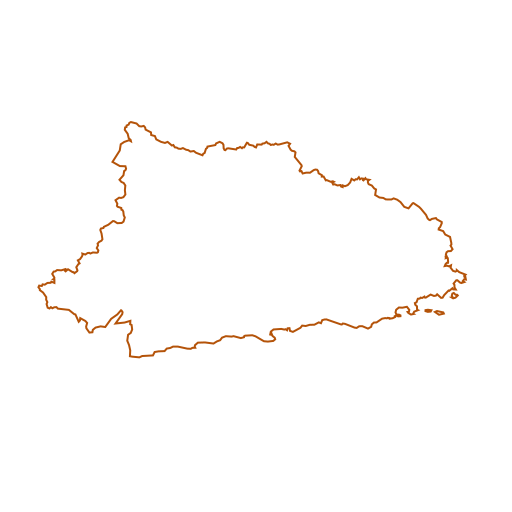 Vohemar, Sava, Madagascar, rotated 98°
{"feature_id": "10022922B16213196407560", "entity_name": "Vohemar", "entity_type": "district", "adm_level": 2, "iso_a3": "MDG", "parent_name": "Madagascar", "parent_adm1": "Sava", "projection": "mercator", "projection_center": [49.724, -13.453], "detail": "fine", "context": "isolated", "style": "outline", "palette": "amber", "viewbox_px": 512, "rotation_deg": 98, "n_neighbors": 0, "source": "geoboundaries", "source_scale": "gbopen_adm2", "svg_char_len": 6051}
<svg xmlns="http://www.w3.org/2000/svg" viewBox="0 0 512 512"><g transform="rotate(98 256 256)"><path d="M182.5,120.4L180.6,124.0L179.8,127.7L181.2,129.8L181.9,135.3L180.8,138.0L180.9,141.9L179.0,146.5L173.4,146.4L172.7,148.3L170.1,151.1L169.2,154.4L167.7,155.4L166.0,155.6L164.8,154.4L164.7,157.6L163.7,158.5L166.2,160.1L166.0,160.6L164.5,160.7L164.5,162.4L165.6,163.7L163.7,165.1L166.1,166.6L166.1,168.0L167.5,169.2L166.3,172.1L170.1,173.0L173.0,175.0L174.5,177.6L174.0,180.0L175.7,179.8L175.4,181.4L174.0,182.3L174.8,185.2L174.0,188.1L174.5,189.5L172.8,190.7L171.7,189.2L171.3,190.3L172.1,192.4L171.0,196.5L171.4,197.4L167.9,200.1L168.2,201.9L166.8,202.0L165.4,205.5L163.3,206.3L162.1,207.5L162.1,209.2L162.9,210.8L166.0,214.1L166.5,217.9L167.8,221.3L165.6,222.8L166.1,224.2L165.4,224.8L160.7,223.2L159.7,223.6L152.5,231.4L147.9,231.3L147.0,232.5L146.8,235.1L145.9,236.5L142.4,239.1L140.1,237.9L139.1,240.9L142.3,248.5L142.7,250.1L141.9,252.1L143.4,253.9L143.3,255.2L144.0,256.8L143.0,258.2L142.8,259.9L141.5,261.5L143.2,263.2L143.8,265.3L144.9,265.9L145.4,270.3L148.5,271.1L148.2,272.5L147.1,274.1L146.8,278.2L145.2,279.9L145.1,280.8L150.1,282.8L150.3,284.3L151.2,284.9L150.2,286.9L151.4,288.3L151.7,289.7L153.3,290.4L153.2,298.3L153.6,299.7L155.5,301.1L155.4,301.9L153.9,303.0L150.4,303.7L149.0,304.9L148.0,307.9L150.1,311.2L151.8,311.7L154.4,319.3L155.7,319.4L156.9,320.5L161.1,321.2L162.1,322.5L163.7,323.0L162.1,329.8L160.7,332.2L161.7,335.5L160.6,337.8L160.5,340.0L159.3,343.4L160.4,345.4L160.5,347.8L159.7,349.6L159.7,351.5L157.6,353.3L158.3,354.7L155.3,359.4L156.7,361.9L156.2,365.9L154.4,371.0L151.3,372.8L150.8,376.6L148.2,377.2L146.2,382.9L144.1,383.7L142.8,385.3L143.7,387.6L143.7,389.7L141.4,392.7L140.8,398.6L141.7,399.9L143.6,400.4L144.8,402.3L146.3,402.2L146.9,403.5L149.3,403.5L152.8,400.1L157.1,398.4L158.5,396.3L159.8,395.8L159.0,397.8L161.4,402.4L164.2,405.5L170.5,405.6L182.8,411.2L185.9,403.3L185.3,397.8L187.7,396.8L189.3,397.3L190.2,398.4L194.5,398.5L199.5,401.8L201.4,399.6L202.1,397.2L204.4,395.2L209.1,395.0L213.3,393.9L216.2,395.5L217.3,397.7L217.3,399.7L220.3,402.9L223.5,400.6L225.7,400.7L226.5,399.9L227.2,396.1L228.9,395.7L229.1,394.6L230.4,393.6L234.2,392.6L236.1,391.3L240.4,392.0L242.0,393.6L242.8,397.9L241.3,401.2L241.3,402.5L245.6,406.6L248.3,410.7L249.5,411.0L250.4,413.4L251.9,413.8L255.2,412.1L260.8,410.4L262.4,411.2L263.9,413.3L265.8,414.6L267.4,413.9L270.3,414.8L272.4,412.9L274.3,413.1L274.9,413.9L275.2,418.0L276.6,420.4L276.1,421.6L276.5,423.2L278.3,425.2L277.8,428.3L279.1,427.9L280.7,428.3L283.6,429.8L285.1,431.8L287.9,429.7L288.8,430.8L292.1,432.4L295.1,430.8L295.9,431.0L298.3,433.4L297.4,434.4L297.5,435.4L295.3,440.3L297.7,442.4L297.3,443.0L296.0,442.1L295.4,442.7L297.3,446.9L297.6,451.0L299.2,452.7L299.6,454.2L302.1,455.3L305.4,452.7L306.5,452.6L307.3,453.6L307.7,452.3L310.7,451.9L309.9,455.1L311.1,455.6L311.7,458.8L313.8,461.2L313.8,463.4L315.5,463.9L315.5,466.6L317.2,467.1L318.8,465.5L319.9,465.3L321.8,461.8L325.9,458.0L328.5,457.7L330.7,456.2L332.7,456.7L336.2,455.1L336.7,453.2L335.2,452.0L336.1,450.4L334.9,448.7L334.4,446.5L335.7,444.9L335.4,433.8L338.9,427.9L339.0,426.7L345.8,422.4L344.4,421.4L342.0,421.4L344.1,415.9L345.8,413.9L349.5,414.4L351.2,413.9L355.0,410.3L354.3,407.4L351.8,407.3L349.2,404.9L347.3,400.1L347.3,395.4L338.4,390.7L333.2,385.2L328.5,382.1L328.8,381.5L330.2,380.3L332.2,380.4L342.4,385.7L340.2,376.9L337.7,371.4L341.1,371.1L341.6,369.6L346.0,368.4L349.6,369.3L351.8,371.7L357.8,371.7L361.9,369.3L367.0,367.4L372.8,366.9L372.9,364.5L372.6,357.4L370.9,354.8L368.8,344.2L365.2,343.0L364.0,339.3L362.9,333.3L360.1,331.5L359.0,328.1L357.3,325.6L356.6,320.7L357.3,311.2L357.0,307.7L355.8,306.2L355.3,303.4L354.2,304.1L352.8,304.0L349.9,301.5L348.7,294.5L348.6,285.9L346.0,282.8L344.4,279.8L341.6,278.3L339.6,274.7L339.2,268.9L338.5,267.1L339.4,259.6L338.1,256.6L337.1,256.6L336.4,255.7L335.0,248.6L335.6,245.3L339.3,236.3L339.1,232.3L337.7,227.1L335.8,225.4L334.3,226.1L332.9,228.5L331.0,229.6L331.9,230.0L331.8,231.0L328.8,230.8L326.3,228.4L324.7,220.8L324.9,217.7L324.4,216.5L325.2,214.9L323.2,214.6L322.8,212.8L325.4,211.9L326.0,208.9L320.9,202.0L318.5,200.6L318.4,197.0L316.7,193.3L315.9,188.6L313.0,184.6L313.5,182.3L310.3,181.5L309.3,179.2L309.0,177.4L311.9,162.5L311.9,161.5L310.8,160.7L310.8,158.5L313.2,148.4L313.2,146.3L311.2,144.0L310.7,141.0L312.3,135.0L310.1,132.1L307.6,131.8L305.5,130.0L305.0,127.4L300.5,122.4L299.5,119.4L299.5,117.7L298.9,117.0L298.9,115.2L299.5,115.0L298.6,112.0L297.1,109.8L296.3,110.2L295.5,109.2L296.0,106.8L295.5,104.6L294.7,104.7L294.2,106.1L294.4,108.8L292.4,110.0L289.7,109.7L287.1,107.3L286.8,103.8L285.3,99.5L288.0,96.7L289.7,96.8L290.3,98.1L291.2,97.2L292.4,94.4L291.5,91.9L291.3,92.4L289.1,91.6L287.1,88.1L286.8,89.0L283.4,89.6L282.1,91.5L280.5,92.1L279.5,90.6L275.8,89.8L275.4,88.0L274.3,87.2L274.5,85.7L272.8,83.6L273.6,83.2L273.6,82.1L269.9,77.7L270.8,74.2L270.2,72.3L268.7,71.3L271.7,66.9L271.3,65.4L268.5,64.2L263.4,60.5L263.6,59.8L260.6,57.0L261.6,56.1L261.4,53.5L259.4,55.1L256.9,55.5L255.8,56.5L252.2,54.3L252.0,53.2L253.9,50.3L254.2,48.9L252.8,46.1L252.0,47.7L250.0,46.5L250.1,44.9L247.5,45.8L247.7,46.6L246.8,47.1L245.3,45.9L243.7,52.5L242.0,55.2L242.8,55.1L243.7,56.3L243.3,58.8L240.5,61.7L238.1,61.6L239.4,63.4L239.0,65.5L239.7,67.7L237.5,67.1L236.1,66.0L236.1,65.0L235.2,64.9L231.4,65.8L231.0,66.3L231.6,67.6L230.4,67.3L230.3,69.0L229.8,67.1L228.0,68.2L225.8,67.8L224.5,66.5L224.0,63.7L221.9,62.3L218.6,64.8L217.5,64.1L215.9,64.4L210.1,66.5L208.4,71.6L205.3,74.1L204.4,78.8L203.1,78.8L201.7,77.7L197.7,76.6L196.5,76.8L194.5,82.1L193.4,83.1L194.8,87.0L196.3,88.7L196.2,89.4L195.0,91.2L191.7,93.3L186.3,99.2L184.7,101.3L181.7,107.4L182.0,108.2L187.6,111.6L186.7,116.0L182.5,120.4ZM286.5,71.0L288.7,66.6L286.9,62.0L285.8,62.7L285.3,69.1L286.5,71.0ZM270.5,54.9L269.5,52.7L267.0,50.7L266.4,51.4L266.6,53.0L265.1,55.0L265.9,56.3L268.0,56.6L269.5,55.5L269.8,56.5L270.5,54.9ZM286.0,80.6L287.0,80.5L287.4,78.1L286.7,75.3L285.3,74.8L285.3,78.3L286.0,80.6Z" fill="none" stroke="#b45309" stroke-width="2"/></g></svg>